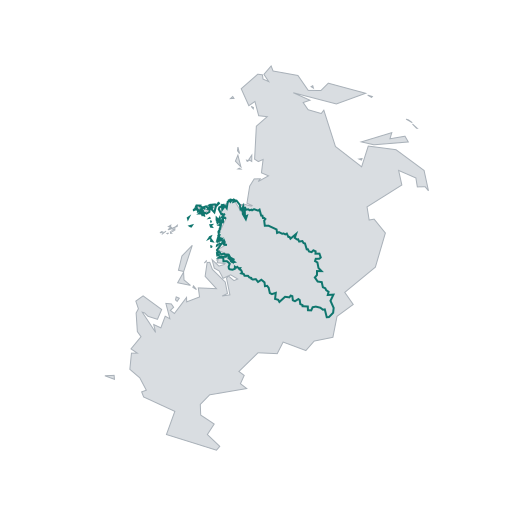 where Krasnoyarsk sits in Russia, rotated 304°
{"feature_id": "RUS-2603", "entity_name": "Krasnoyarsk", "entity_type": "Territory", "adm_level": 1, "iso_a3": "RUS", "parent_name": "Russia", "parent_adm1": "", "projection": "orthographic", "projection_center": [95.961, 66.535], "detail": "fine", "context": "in_parent", "style": "outline", "palette": "teal", "viewbox_px": 512, "rotation_deg": 304, "n_neighbors": 0, "source": "natural_earth", "source_scale": "10m", "svg_char_len": 9877}
<svg xmlns="http://www.w3.org/2000/svg" viewBox="0 0 512 512"><g transform="rotate(304 256 256)"><path d="M420.9,347.5L406.5,362.5L408.0,357.5L403.5,351.1L410.1,344.9L406.7,326.4L396.4,337.2L358.8,320.6L349.1,329.7L352.6,333.3L347.4,350.4L313.5,361.2L275.5,349.9L270.2,363.7L251.3,356.9L231.6,365.2L218.0,351.8L205.5,350.2L199.8,326.6L186.9,328.2L176.9,311.8L150.7,306.4L150.4,313.0L141.4,314.5L140.9,322.4L115.0,295.2L101.8,292.8L93.2,299.1L93.3,315.3L80.8,315.5L77.9,332.4L72.9,331.8L57.9,281.6L81.8,275.6L76.3,241.7L79.4,237.2L83.4,240.1L90.0,227.8L91.5,214.8L105.8,207.1L109.1,211.9L109.1,204.3L124.8,205.8L127.0,199.9L141.7,188.5L146.5,188.0L151.4,181.6L159.8,184.7L158.9,207.7L148.4,209.7L145.6,200.1L146.5,195.4L145.8,193.2L136.5,215.5L142.0,209.5L143.2,217.3L155.3,214.4L155.8,219.7L166.3,207.8L168.9,212.6L167.4,216.4L163.0,215.4L162.7,220.5L182.8,221.6L179.2,224.2L190.5,232.1L197.3,226.0L206.8,241.5L210.7,225.2L223.3,219.1L224.9,221.2L220.5,227.3L217.2,245.0L209.0,253.3L203.9,250.3L209.2,256.1L221.1,244.0L224.0,244.3L223.3,251.5L226.7,253.7L226.2,245.5L219.1,241.2L223.0,233.9L222.6,228.2L228.4,221.7L226.9,230.9L231.0,234.3L232.4,234.6L228.7,227.5L233.8,226.1L241.0,232.0L237.8,238.1L238.9,241.4L241.7,232.3L239.2,220.3L248.8,225.0L250.9,221.1L248.9,215.8L251.2,213.1L270.0,210.2L268.8,206.3L274.9,198.4L290.3,206.0L280.9,227.0L288.0,218.2L292.5,217.6L294.5,223.7L295.1,224.6L295.7,224.6L294.7,219.0L310.4,211.7L318.9,211.4L322.4,216.4L319.0,216.2L329.4,221.5L328.0,214.0L340.0,207.9L335.6,205.1L335.5,200.7L363.8,183.7L377.8,187.4L373.8,179.8L383.5,168.7L376.6,166.0L386.4,150.2L407.7,155.8L409.8,160.0L406.6,162.9L407.7,169.0L411.0,161.0L422.0,162.3L418.9,166.7L429.1,189.8L422.5,206.7L429.5,217.3L439.7,219.3L452.2,255.9L427.0,237.6L412.2,195.6L415.3,213.6L409.6,209.3L406.4,217.4L410.6,230.4L414.8,230.7L391.2,260.6L389.0,293.7L409.9,287.6L422.4,312.6L420.9,347.5ZM229.2,197.2L202.7,204.7L200.8,199.7L214.6,194.6L229.2,197.2ZM409.5,279.5L434.2,299.6L428.1,301.5L438.6,312.5L435.7,318.5L414.1,291.5L409.5,279.5ZM190.0,206.0L202.1,205.0L195.9,209.7L195.0,218.1L190.0,206.0ZM321.4,193.7L323.1,185.9L329.5,184.6L321.4,193.7ZM263.8,185.3L269.3,191.7L261.7,188.7L263.8,185.3ZM262.4,179.8L266.6,181.8L260.4,183.6L262.4,179.8ZM271.0,189.3L275.8,193.2L268.9,197.1L271.0,189.3ZM331.7,185.1L332.9,181.8L336.2,180.1L331.7,185.1ZM72.2,197.7L77.7,205.1L74.6,207.6L72.2,197.7ZM223.8,166.6L226.3,167.5L221.2,165.8L223.8,166.6ZM331.9,196.1L337.3,196.1L332.0,199.6L331.9,196.1ZM178.1,216.0L174.3,216.0L174.6,213.8L177.5,212.7L178.1,216.0ZM228.5,168.4L230.9,168.9L231.0,170.5L228.5,168.4ZM234.6,172.6L232.3,174.1L231.4,172.4L232.7,171.4L234.6,172.6ZM236.3,174.1L234.8,172.8L237.5,173.6L236.3,174.1ZM196.3,220.9L194.9,225.4L194.7,221.2L196.3,220.9ZM262.5,186.4L260.7,187.6L259.7,185.8L262.5,186.4ZM231.4,167.0L233.9,168.1L232.1,168.8L231.4,167.0ZM375.2,147.5L374.3,149.6L372.2,146.8L375.2,147.5ZM223.4,164.1L224.0,165.8L221.5,163.4L223.4,164.1ZM224.1,217.8L221.2,217.1L224.3,217.5L224.1,217.8ZM290.0,214.4L291.8,216.7L289.4,215.8L290.0,214.4ZM377.3,168.4L377.7,170.8L376.5,171.4L377.3,168.4ZM229.8,173.1L229.3,171.6L230.6,173.5L229.8,173.1ZM232.5,169.2L232.1,171.0L231.5,169.2L232.5,169.2ZM453.4,303.9L454.1,306.4L453.9,311.0L453.4,303.9ZM228.1,171.6L227.8,173.4L227.0,172.5L228.1,171.6ZM233.8,225.5L231.3,226.0L230.9,225.7L233.8,225.5ZM428.9,207.8L427.3,209.7L427.2,207.0L428.9,207.8ZM330.2,194.6L330.9,196.6L329.5,195.8L330.2,194.6ZM394.0,287.2L396.1,289.4L394.5,289.8L394.0,287.2ZM451.8,258.6L453.3,263.3L452.1,263.1L451.8,258.6ZM226.2,170.7L224.9,170.3L224.9,169.6L226.2,170.7ZM236.1,222.4L235.1,224.2L234.9,223.5L236.1,222.4ZM319.5,193.1L319.5,194.8L318.1,192.4L319.5,193.1ZM451.7,317.6L452.9,311.9L452.0,318.2L451.7,317.6Z" fill="#d9dde1" stroke="#a8b0b8" stroke-width="1"/><path d="M233.8,226.1L235.6,226.7L238.5,231.5L241.3,232.0L240.5,233.7L238.9,234.2L238.5,237.2L237.6,238.2L237.6,240.5L237.7,238.2L239.7,236.1L239.9,237.5L238.2,240.7L239.0,241.5L239.0,240.0L240.7,239.4L240.3,235.5L241.8,232.7L239.8,229.4L240.1,228.4L237.9,226.2L238.7,223.8L238.0,222.4L238.7,222.3L238.3,221.6L239.1,220.3L250.2,220.7L247.7,222.6L247.6,223.5L248.9,225.7L247.7,222.9L250.1,222.2L251.1,220.7L248.7,217.6L250.9,217.9L249.9,216.8L250.3,216.6L248.8,215.9L249.5,214.9L250.6,216.3L250.4,215.7L251.6,214.5L251.3,214.2L252.3,214.1L251.2,213.1L252.6,213.7L254.8,211.5L255.5,212.0L255.9,211.2L258.3,211.1L258.6,210.5L259.5,210.5L261.3,210.0L262.2,209.5L260.3,209.3L262.0,208.8L261.6,208.3L265.8,209.4L265.5,209.9L268.8,207.5L270.2,208.7L270.1,210.3L270.4,208.4L268.8,206.2L273.6,206.5L271.6,205.7L272.0,204.4L271.4,203.8L274.0,198.9L275.9,198.4L278.2,200.0L275.6,202.1L280.2,202.3L279.2,205.0L285.2,202.2L287.1,203.5L286.8,204.4L288.1,204.1L287.9,204.7L288.5,205.1L288.3,205.7L288.9,204.3L289.9,206.5L290.4,206.3L290.5,208.2L290.4,207.5L289.6,207.6L289.6,207.4L288.6,206.9L288.3,207.0L291.0,208.9L289.4,213.9L286.5,216.7L287.1,216.7L284.9,221.1L283.5,221.5L280.8,227.0L284.2,226.0L282.4,224.9L289.5,219.8L289.9,220.1L288.7,221.8L290.4,223.5L290.3,225.1L291.9,226.4L291.7,227.2L293.7,228.2L294.8,232.4L296.4,233.0L292.4,237.7L293.0,238.8L291.4,240.5L292.1,241.5L291.9,243.1L289.9,243.0L286.0,246.4L288.1,249.4L289.5,258.2L286.9,260.6L288.6,261.7L289.1,265.3L290.1,266.2L290.3,268.2L291.8,269.0L289.9,272.2L290.6,273.1L289.6,274.9L296.7,276.9L292.7,278.0L292.7,281.0L293.4,281.6L292.1,283.7L294.3,286.1L293.3,288.2L293.8,289.6L289.9,294.3L290.6,295.2L289.4,297.4L290.3,299.9L292.8,300.4L293.2,302.8L291.2,304.0L293.4,307.3L291.0,310.5L289.1,310.0L287.1,307.1L284.8,307.8L285.0,310.5L281.0,314.5L280.1,318.8L277.6,315.0L274.3,317.2L271.1,316.8L269.3,321.4L271.1,325.1L267.5,328.9L268.0,331.5L266.9,333.3L266.9,336.2L263.8,337.3L267.3,341.8L260.5,342.8L256.4,349.4L252.1,351.7L246.1,350.6L244.8,348.9L250.2,342.9L248.9,341.5L249.1,338.3L247.5,333.9L245.2,331.6L241.8,332.2L240.1,329.4L243.1,327.2L240.4,322.7L241.3,322.0L240.9,319.6L243.9,316.9L244.0,315.2L240.3,313.6L239.9,311.3L243.0,308.6L242.6,306.9L240.4,306.8L238.4,302.9L231.0,301.1L232.1,298.9L231.1,295.8L236.5,293.0L233.3,290.5L233.0,288.2L236.7,284.3L237.5,281.9L236.0,280.3L238.9,277.8L239.3,273.7L235.6,272.2L236.7,268.8L234.7,266.5L234.5,264.9L235.2,264.3L234.5,262.5L235.1,260.5L233.2,257.5L234.2,256.0L233.3,253.4L234.7,253.6L235.9,251.7L235.7,249.9L237.1,249.7L236.2,248.5L236.5,246.5L235.3,246.1L235.3,244.5L233.5,245.6L231.5,244.2L230.3,241.7L230.4,240.6L231.7,239.3L234.8,238.6L235.2,237.1L235.4,234.7L233.4,232.0L236.3,229.8L233.8,226.1ZM269.2,191.3L266.5,192.7L263.5,191.3L263.0,188.8L262.3,188.9L262.6,188.1L261.8,189.0L261.4,188.3L263.5,186.9L263.0,186.4L263.8,185.2L266.5,184.8L267.0,185.5L266.1,187.5L267.5,185.5L269.1,186.7L268.9,189.7L268.2,189.8L269.2,191.3ZM264.6,178.4L266.7,181.7L265.9,182.0L266.3,183.9L266.0,184.5L263.3,185.1L262.5,185.8L260.8,184.7L262.1,184.0L260.3,183.9L261.5,183.5L260.8,183.1L261.7,182.8L262.2,181.2L261.5,181.3L262.1,180.0L264.4,178.8L264.0,178.5L264.6,178.4ZM275.9,193.2L275.4,194.8L268.9,197.1L269.9,192.9L270.8,192.8L270.4,192.5L270.4,191.5L270.6,191.2L271.2,191.5L271.2,191.4L270.5,191.1L270.6,190.2L271.7,188.8L272.7,189.4L272.2,192.3L273.3,190.1L275.9,193.2ZM259.6,185.3L262.6,186.4L261.7,187.4L260.5,187.6L261.0,187.3L259.6,185.3ZM290.1,217.6L287.6,220.4L287.1,219.7L287.6,218.3L290.1,217.6ZM236.3,224.5L235.9,224.7L234.8,223.6L236.2,222.4L236.3,224.5ZM260.8,179.0L260.4,179.6L259.3,178.8L259.5,178.6L260.8,179.0ZM249.4,178.2L250.4,178.6L248.9,178.8L249.4,178.2ZM245.3,185.7L244.3,185.7L244.3,185.3L243.9,185.0L243.9,184.5L245.3,185.7ZM265.8,207.6L265.3,208.6L263.8,207.9L263.9,207.5L265.8,207.6ZM265.5,202.1L265.2,203.4L263.8,203.3L264.1,203.0L265.5,202.1ZM244.5,209.7L243.8,211.6L243.3,210.4L244.5,209.7ZM279.1,195.3L278.9,195.9L277.5,195.6L278.6,195.1L279.1,195.3ZM256.1,201.0L256.7,201.7L255.8,201.5L256.1,201.0ZM239.2,239.8L240.5,237.8L239.8,239.5L239.2,239.8ZM251.1,214.1L250.5,214.6L250.8,215.1L249.8,214.4L251.1,214.1ZM286.6,202.8L287.0,202.4L287.7,203.0L287.6,203.5L286.6,202.8ZM277.7,194.5L277.2,195.3L276.9,195.2L277.7,194.5ZM244.2,217.9L244.8,218.4L243.5,218.1L244.2,217.9ZM255.7,202.0L255.4,202.9L255.1,202.3L255.3,202.0L255.7,202.0ZM248.8,216.3L249.4,216.7L248.5,216.8L248.8,216.3ZM247.9,216.1L248.5,216.6L247.7,216.3L247.9,216.1ZM246.6,207.6L246.0,207.7L245.2,207.2L245.8,207.1L246.6,207.6ZM279.6,199.8L280.1,200.3L279.5,200.6L279.6,199.8ZM265.2,205.0L265.3,205.5L264.7,205.6L265.2,205.0ZM243.0,217.7L243.4,218.1L242.8,217.8L243.0,217.7ZM265.9,209.0L266.8,208.5L265.9,209.2L265.9,209.0ZM266.4,207.4L266.3,207.8L265.9,208.1L265.9,207.9L266.1,207.1L266.4,207.4ZM238.9,213.6L239.0,214.5L238.6,213.8L238.9,213.6ZM248.8,215.3L247.9,215.0L248.6,214.8L248.8,215.3ZM247.3,216.4L246.7,216.6L246.9,217.0L246.5,216.5L247.3,216.4ZM246.0,219.0L246.0,219.4L245.2,218.9L246.0,219.0ZM263.1,207.9L263.2,208.1L262.6,207.9L263.1,207.9ZM249.0,221.9L249.5,222.1L248.8,222.1L249.0,221.9ZM278.9,199.4L278.7,199.9L278.4,199.9L278.6,199.4L278.9,199.4ZM263.7,205.0L263.9,205.3L263.2,205.3L263.7,205.0ZM269.1,187.5L269.4,187.6L269.0,188.0L269.1,187.5ZM260.2,189.1L261.0,189.0L260.7,189.3L260.2,189.1ZM266.8,205.0L267.1,205.6L266.6,205.1L266.8,205.0ZM244.3,207.2L245.1,207.7L244.2,207.2L244.3,207.2ZM264.1,205.0L264.6,205.1L264.2,205.4L264.1,205.0ZM261.6,189.1L261.3,189.3L261.1,189.1L261.3,189.0L261.6,189.1ZM262.3,196.5L262.0,196.5L261.9,196.4L262.3,196.5ZM263.1,185.7L262.9,185.9L262.7,186.0L262.8,185.7L263.1,185.7ZM288.9,203.6L288.5,203.7L288.9,203.6ZM260.6,190.7L261.1,191.1L260.6,190.8L260.6,190.7ZM267.1,204.6L266.8,204.9L266.4,204.7L267.1,204.6ZM259.7,199.4L259.9,199.6L259.6,199.5L259.7,199.4ZM265.4,207.2L265.9,207.1L265.4,207.2ZM262.0,205.5L262.6,205.8L261.9,205.7L262.0,205.5ZM259.6,188.3L260.0,188.9L259.2,188.1L259.6,188.3ZM263.6,207.8L263.7,208.2L263.4,208.1L263.6,207.8ZM277.7,200.8L277.7,200.5L277.9,200.6L277.7,200.8Z" fill="none" stroke="#0f766e" stroke-width="2"/></g></svg>